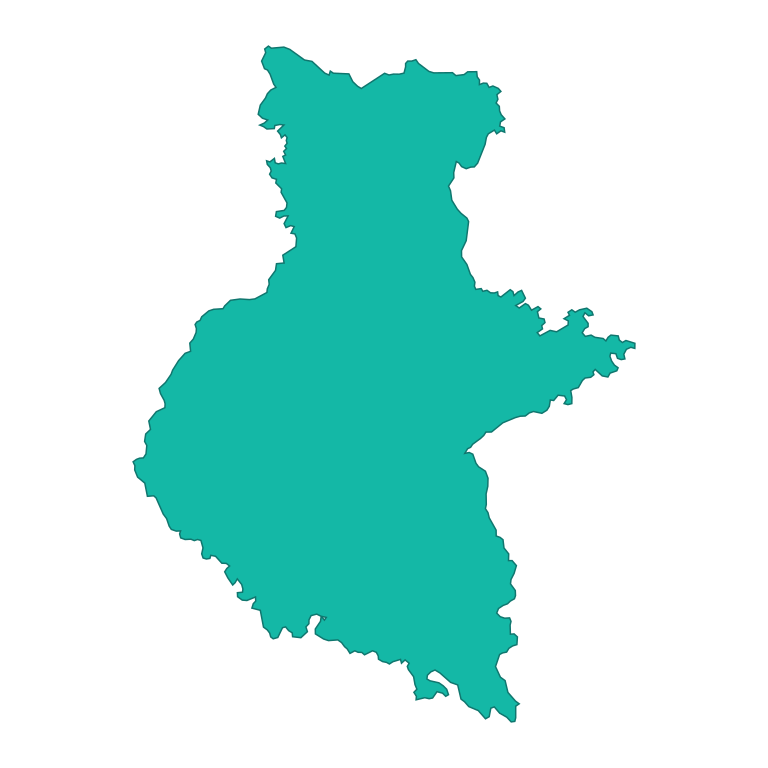 Pitanga, Paraná, Brazil, rotated 90°
{"feature_id": "56859067B90114690240783", "entity_name": "Pitanga", "entity_type": "district", "adm_level": 2, "iso_a3": "BRA", "parent_name": "Brazil", "parent_adm1": "Paraná", "projection": "mercator", "projection_center": [-51.781, -24.675], "detail": "fine", "context": "isolated", "style": "filled", "palette": "teal", "viewbox_px": 768, "rotation_deg": 90, "n_neighbors": 0, "source": "geoboundaries", "source_scale": "gbopen_adm2", "svg_char_len": 6117}
<svg xmlns="http://www.w3.org/2000/svg" viewBox="0 0 768 768"><g transform="rotate(90 384 384)"><path d="M616.3,446.8L621.3,447.5L629.0,452.7L633.9,452.6L639.0,444.4L640.6,439.5L639.9,430.2L642.6,426.4L646.7,423.4L648.9,420.8L653.4,418.0L650.8,413.2L652.3,409.9L652.4,406.2L654.8,403.5L650.8,395.4L652.3,391.7L655.8,389.8L659.2,389.5L661.6,385.4L662.4,381.4L664.0,378.6L661.7,375.1L659.4,367.5L663.2,366.5L659.9,362.9L663.2,358.9L666.4,360.7L669.6,359.6L676.7,354.4L684.6,353.0L689.2,351.1L692.3,354.1L696.3,351.6L699.8,351.9L697.7,343.2L698.7,338.9L698.0,335.4L691.7,331.0L693.2,325.4L696.3,322.3L694.7,319.5L689.3,321.3L685.8,324.8L682.8,329.1L680.8,338.0L679.0,341.1L675.2,340.6L671.9,337.2L670.0,333.0L673.0,328.0L682.4,317.4L684.9,310.3L699.1,307.0L701.7,303.5L706.6,299.2L710.6,289.7L718.8,282.5L716.7,278.8L708.2,277.2L706.9,273.7L713.2,268.3L717.2,261.2L721.9,256.8L721.4,253.2L717.8,252.3L706.2,252.3L703.8,248.8L701.1,252.5L692.4,260.1L680.6,262.9L677.2,267.6L666.6,272.5L654.5,268.4L652.9,265.4L652.1,261.4L648.3,259.1L645.9,255.3L644.6,251.1L636.9,250.6L633.9,253.9L634.2,257.6L625.1,257.9L621.4,257.0L617.9,258.4L618.2,263.3L616.7,267.8L613.1,271.3L608.5,269.5L605.4,264.8L603.8,260.5L601.1,257.7L598.8,253.6L595.6,252.5L590.5,252.7L583.9,257.5L579.5,257.0L573.4,253.9L565.6,251.6L560.6,255.9L560.6,259.5L553.9,259.3L548.0,264.0L539.7,265.0L537.4,267.9L536.0,271.8L530.1,271.9L517.8,278.8L512.7,280.0L508.7,282.6L504.5,281.7L493.9,281.9L486.3,280.2L478.2,280.0L471.2,282.6L466.8,289.4L463.3,292.0L454.2,295.2L452.5,298.8L453.4,303.2L448.7,300.4L447.3,297.4L444.3,295.4L438.3,287.3L435.4,284.2L432.1,282.1L432.0,276.5L422.8,265.2L417.6,252.7L416.2,247.8L416.0,242.7L412.9,238.7L411.5,234.6L413.3,226.1L410.2,221.1L406.3,218.7L400.0,217.7L400.5,214.3L395.2,209.9L396.0,203.4L399.7,201.5L403.6,203.9L404.6,200.1L403.6,196.2L397.4,196.1L390.6,197.3L389.0,194.7L387.6,189.7L380.5,185.6L378.0,182.9L377.3,177.3L374.7,174.1L371.9,175.0L369.4,172.8L375.9,165.8L377.0,160.1L373.1,157.9L370.8,151.2L367.8,149.9L365.1,153.6L361.0,156.4L356.2,158.1L353.1,157.3L353.7,152.1L358.3,150.5L359.6,146.8L358.9,143.1L354.2,144.2L349.3,141.6L347.3,137.2L348.4,133.2L343.3,133.1L340.5,142.1L342.5,145.6L340.1,148.7L335.9,149.8L335.1,157.1L337.3,159.9L340.9,162.1L338.5,164.9L337.3,173.1L335.1,176.9L336.4,182.7L332.8,185.8L328.6,183.3L326.7,179.9L323.3,179.9L316.5,185.0L312.8,183.1L315.8,179.3L314.9,174.9L311.7,176.1L308.2,181.2L309.8,188.4L312.2,192.8L309.8,196.2L312.3,200.0L315.3,198.5L318.7,204.0L320.9,199.7L325.0,199.9L331.8,211.4L330.4,217.9L335.9,228.1L332.6,230.8L328.9,225.5L325.6,226.3L322.6,223.0L319.0,223.9L318.0,229.1L311.7,230.6L308.9,227.2L306.6,230.0L310.2,236.5L305.2,239.6L303.6,242.6L308.0,248.8L305.5,252.3L301.5,245.0L298.2,242.6L290.4,246.4L292.0,250.0L295.6,254.0L291.6,255.1L289.7,257.8L297.0,267.1L295.6,269.9L291.9,270.4L293.0,273.7L292.8,277.5L290.3,281.0L291.3,285.2L288.6,286.8L289.4,292.2L286.2,293.6L282.2,293.1L277.7,295.0L274.3,297.6L264.5,301.1L256.9,306.4L250.6,306.5L240.7,301.8L221.6,299.4L218.1,301.1L213.3,307.0L209.2,310.7L200.2,316.2L190.7,317.5L186.1,319.5L177.9,314.1L172.6,314.3L161.5,311.7L163.1,308.9L166.6,306.4L168.7,301.8L167.1,297.3L166.9,293.7L163.2,290.4L144.3,282.9L137.4,281.6L133.8,279.7L130.1,273.6L133.8,271.3L130.8,267.1L132.2,263.3L127.7,263.9L126.1,268.3L121.9,267.5L118.9,263.1L114.7,266.8L110.9,268.4L106.3,268.7L103.0,271.9L99.3,270.1L94.7,271.1L91.4,267.1L88.4,269.7L86.0,275.1L87.4,278.9L83.3,281.2L83.1,284.7L84.6,288.6L80.1,288.5L76.8,290.8L71.7,291.3L71.8,300.3L74.6,303.9L75.6,312.1L72.7,315.5L72.9,334.2L71.4,339.1L63.5,349.5L59.7,352.1L61.1,356.3L61.1,360.3L63.5,362.4L66.9,362.4L73.1,364.0L74.2,368.8L74.1,374.5L75.0,379.0L73.3,383.4L88.5,406.7L86.3,410.4L81.7,415.2L73.9,419.1L73.2,434.6L71.1,437.7L75.1,438.9L73.1,443.3L61.4,456.0L60.0,463.5L49.4,478.2L47.1,484.1L48.2,496.6L46.1,499.6L49.0,503.3L52.7,502.3L61.1,506.4L68.7,503.5L70.0,500.5L74.2,497.9L84.1,494.3L87.4,492.0L90.0,497.2L93.7,500.6L98.0,502.5L105.1,507.7L114.3,509.8L118.2,505.6L120.0,500.3L123.0,503.6L125.1,508.2L126.6,504.5L129.0,501.1L128.6,493.7L125.5,493.2L124.5,488.1L125.0,484.1L131.1,490.4L134.6,487.6L137.8,486.6L134.9,483.0L137.5,480.9L140.5,481.7L143.3,480.9L146.1,483.2L148.5,481.5L151.3,484.3L155.0,482.4L156.4,485.2L163.5,482.4L163.0,486.6L163.9,489.7L162.8,492.8L158.4,493.6L161.9,498.1L160.8,501.4L164.4,500.7L167.7,497.7L171.1,496.8L174.2,498.4L177.9,496.0L179.3,491.5L183.0,492.2L188.8,486.4L192.3,486.9L202.9,481.0L207.4,481.5L210.4,483.8L211.6,491.6L216.3,492.4L218.1,488.3L216.0,484.1L215.9,479.9L223.6,483.9L227.6,482.0L225.6,477.3L226.6,473.8L233.2,477.0L233.9,473.1L238.0,471.4L246.7,472.1L255.2,485.2L263.0,483.9L263.7,491.5L270.4,492.5L279.7,499.3L284.3,498.8L288.9,500.7L292.5,501.1L298.9,513.1L299.6,518.5L299.0,528.0L300.3,537.5L305.9,543.3L308.7,545.0L309.3,554.4L310.9,559.2L316.8,566.3L320.4,567.9L322.0,571.2L324.5,572.9L328.6,571.6L332.5,571.9L339.1,574.7L343.1,578.2L351.3,577.4L353.3,582.9L360.6,589.4L370.2,595.4L374.3,596.9L382.5,602.5L388.4,608.9L393.6,607.5L400.4,603.8L403.8,602.9L407.7,603.1L411.7,611.7L421.0,619.2L429.4,617.5L434.0,622.3L441.4,623.4L445.5,621.2L453.9,622.0L457.9,624.6L458.2,628.5L459.4,631.6L461.8,634.9L465.7,633.1L469.9,633.3L477.1,630.4L483.1,623.2L496.3,620.6L495.8,614.3L497.9,611.9L514.2,604.7L518.6,601.4L526.2,598.8L529.4,596.7L531.1,591.8L530.9,587.4L533.9,588.4L537.9,587.3L539.5,582.9L539.2,577.1L540.6,573.7L539.5,570.5L540.4,567.1L547.9,565.0L553.9,566.3L558.0,564.9L559.0,561.6L558.4,558.1L555.3,557.2L556.3,552.4L563.2,546.2L563.4,541.7L566.0,538.4L568.5,541.2L571.8,543.3L577.8,540.2L585.0,535.3L582.7,532.9L578.9,530.7L584.5,526.3L589.0,525.1L592.2,525.5L592.7,530.6L596.7,530.4L600.1,525.8L600.5,521.1L597.0,512.5L601.1,512.3L603.6,514.7L608.1,516.1L610.3,507.7L627.1,504.5L629.9,500.7L633.1,498.3L636.9,497.3L638.8,494.8L637.5,490.2L627.7,485.5L626.9,482.4L630.6,479.4L632.8,475.8L636.7,475.4L637.7,467.1L631.7,460.6L626.9,462.1L623.7,459.1L619.8,459.0L615.6,456.9L614.1,451.3L616.3,446.8ZM616.3,446.8L617.4,441.7L620.1,443.6L616.3,446.8Z" fill="#14b8a6" stroke="#0f766e" stroke-width="1.5"/></g></svg>